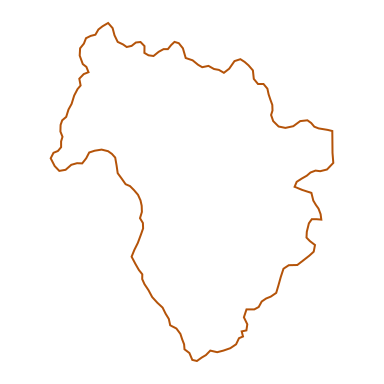 Atílio Vivacqua, Espírito Santo, Brazil
{"feature_id": "56859067B41366298318676", "entity_name": "Atílio Vivacqua", "entity_type": "district", "adm_level": 2, "iso_a3": "BRA", "parent_name": "Brazil", "parent_adm1": "Espírito Santo", "projection": "robinson", "projection_center": [-41.188, -20.969], "detail": "fine", "context": "isolated", "style": "outline", "palette": "amber", "viewbox_px": 384, "rotation_deg": 0, "n_neighbors": 0, "source": "geoboundaries", "source_scale": "gbopen_adm2", "svg_char_len": 2267}
<svg xmlns="http://www.w3.org/2000/svg" viewBox="0 0 384 384"><path d="M333.3,162.9L332.5,152.8L332.4,141.1L332.3,131.0L327.7,129.9L322.9,129.1L318.6,128.4L314.3,126.7L311.2,123.0L307.4,120.3L300.2,121.1L293.3,126.2L285.4,127.9L278.6,126.5L273.2,121.1L271.1,115.0L272.5,110.5L272.3,104.9L270.4,99.7L268.6,94.3L267.4,88.7L263.5,84.0L258.0,84.0L253.8,78.9L252.9,70.4L248.5,65.3L244.6,61.9L240.4,59.2L234.5,61.1L229.2,68.7L223.9,72.8L218.9,69.9L214.0,69.0L208.5,65.9L202.2,67.2L198.1,64.8L192.6,60.3L185.7,58.0L182.9,48.3L178.8,43.2L174.5,41.9L171.1,45.1L167.9,49.1L163.6,49.1L158.7,51.8L153.5,56.0L148.5,55.3L144.4,52.9L144.5,46.1L140.5,42.0L135.9,42.5L131.6,45.9L126.7,47.0L123.0,44.4L117.7,41.9L114.5,35.3L112.6,28.1L108.1,23.0L102.5,26.3L98.4,29.5L95.4,34.7L90.7,35.9L86.0,38.2L83.9,43.6L80.1,48.3L79.7,55.6L82.8,64.1L86.4,66.9L88.5,72.2L83.7,74.1L79.3,78.7L80.6,85.5L77.6,89.0L74.2,95.5L71.6,103.9L68.5,109.5L66.2,116.9L62.2,120.3L60.6,124.9L60.4,131.5L62.5,136.8L61.1,141.4L61.1,147.2L57.9,151.0L53.5,152.8L50.7,158.3L54.7,166.1L59.3,170.9L65.6,169.8L71.3,164.8L77.0,163.2L82.2,163.4L86.2,158.3L89.2,152.5L94.7,150.7L101.6,149.6L108.1,151.2L111.9,153.9L115.2,157.6L116.6,165.6L117.7,173.2L121.6,178.5L125.6,184.2L130.0,186.1L133.9,190.0L138.0,194.8L140.5,200.4L141.7,205.8L141.9,211.9L140.0,218.2L142.9,223.0L143.1,228.4L141.0,234.4L137.8,243.0L134.4,249.8L131.6,256.7L135.4,263.9L138.9,270.0L142.3,274.3L142.2,279.1L144.5,284.2L148.5,290.2L152.2,297.1L157.5,302.9L162.6,307.6L165.6,313.7L168.8,318.9L170.2,325.3L176.4,328.5L180.4,333.9L182.2,339.4L184.1,344.3L184.5,349.3L189.4,353.0L192.3,359.9L196.9,361.0L201.8,357.5L205.9,355.1L210.3,350.6L217.2,352.2L223.4,350.6L230.3,348.2L236.1,344.3L239.0,338.2L243.0,336.5L241.7,331.4L246.4,330.4L247.3,324.3L243.9,317.3L246.5,309.4L254.3,309.4L258.7,307.0L261.7,301.5L266.1,298.5L270.8,296.6L276.2,292.9L278.4,285.5L280.8,276.9L283.5,268.7L288.8,265.2L297.3,265.0L309.3,255.7L313.7,251.7L315.0,245.0L309.9,241.1L306.5,237.6L306.8,231.8L308.9,223.3L311.8,219.2L316.5,219.2L321.3,219.6L320.6,214.2L318.5,208.6L315.8,204.8L313.3,200.6L311.4,192.9L302.4,190.0L294.6,186.8L296.7,181.8L301.7,178.6L306.8,175.7L310.5,172.5L315.5,170.6L320.2,171.2L327.0,169.5L333.3,162.9Z" fill="none" stroke="#b45309" stroke-width="2"/></svg>